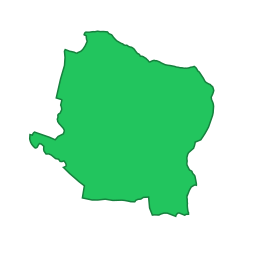 Domasnea, Caras-Severin, Romania (Albers equal-area conic projection), rotated 292°
{"feature_id": "2599482B60620901079337", "entity_name": "Domasnea", "entity_type": "district", "adm_level": 2, "iso_a3": "ROU", "parent_name": "Romania", "parent_adm1": "Caras-Severin", "projection": "albers", "projection_center": [22.344, 45.088], "detail": "fine", "context": "isolated", "style": "filled", "palette": "green", "viewbox_px": 256, "rotation_deg": 292, "n_neighbors": 0, "source": "geoboundaries", "source_scale": "gbopen_adm2", "svg_char_len": 4216}
<svg xmlns="http://www.w3.org/2000/svg" viewBox="0 0 256 256"><g transform="rotate(292 128 128)"><path d="M194.8,193.5L195.8,192.8L197.8,191.2L197.9,190.6L198.2,190.3L198.5,189.0L199.0,188.3L199.1,187.8L199.1,186.7L199.2,185.3L199.5,183.5L199.7,182.7L199.9,182.3L200.1,181.9L201.0,180.8L202.2,179.4L204.1,176.7L205.2,175.1L206.3,173.5L206.7,172.8L206.9,172.1L207.0,171.4L208.5,169.6L209.2,168.6L209.6,167.6L209.7,167.1L209.9,166.3L208.9,165.2L208.5,164.6L207.8,163.3L206.6,162.0L206.2,161.4L205.4,160.0L205.0,158.8L204.5,157.8L204.0,155.4L203.7,154.6L203.4,153.8L203.3,153.1L203.1,151.7L202.7,150.4L202.6,149.6L202.6,148.4L202.3,146.8L201.7,143.6L201.1,141.5L200.8,139.9L200.6,139.0L200.6,138.8L200.7,136.3L200.8,134.3L201.1,132.7L201.1,129.6L200.9,128.7L200.7,128.5L200.6,128.2L200.5,127.9L200.6,127.5L200.5,127.0L200.4,126.7L199.4,125.4L197.5,123.6L197.2,123.0L197.4,122.4L198.1,121.3L198.8,119.5L199.3,118.5L199.4,117.8L199.4,117.6L199.5,116.7L199.8,115.9L199.8,114.5L199.7,113.8L199.3,113.1L199.2,112.8L199.2,112.6L199.3,112.4L199.5,112.2L200.0,111.6L200.3,111.2L200.5,110.6L200.7,110.1L200.6,109.5L200.6,108.9L201.3,107.6L202.4,105.7L203.2,104.6L203.7,103.5L204.0,102.1L204.2,101.1L203.9,99.6L203.9,99.3L203.8,98.1L204.3,96.2L204.2,95.6L203.8,94.9L203.5,94.2L203.6,93.2L203.5,92.6L203.7,92.3L204.0,91.8L204.0,91.2L203.9,90.4L204.0,89.0L204.1,88.6L204.2,87.6L204.4,86.9L204.4,86.0L204.7,84.8L205.3,83.3L206.7,80.4L207.8,78.8L207.9,78.6L208.3,77.8L208.3,76.6L208.3,75.1L208.5,74.4L209.1,73.6L209.4,73.0L208.5,69.9L208.0,68.5L207.9,68.3L206.9,66.0L206.7,64.9L206.3,63.4L205.0,61.5L204.6,60.7L204.4,59.9L203.9,58.9L203.2,57.7L202.4,56.4L202.0,55.4L201.6,54.4L201.1,53.0L200.5,52.5L199.6,52.3L198.3,52.3L198.0,52.4L197.9,53.1L198.0,53.8L197.9,54.5L197.7,54.9L197.0,55.1L196.0,55.6L194.8,56.3L194.2,56.7L193.8,57.2L192.9,57.7L187.9,57.5L184.5,56.8L184.1,56.7L181.9,55.8L180.2,54.4L179.8,53.9L179.4,53.4L178.6,53.0L178.4,52.8L178.1,51.9L178.0,51.3L178.1,50.1L178.1,49.3L178.0,48.9L177.9,48.4L177.6,46.4L177.3,45.4L177.3,44.2L177.3,43.7L177.2,40.4L175.4,40.3L169.8,43.2L162.2,45.7L148.3,47.1L129.0,50.2L129.4,55.2L129.2,56.2L124.0,57.0L123.2,57.8L122.3,58.5L121.3,59.1L120.3,59.6L118.4,59.6L116.3,59.4L116.0,59.3L115.5,58.8L115.0,58.4L114.3,58.2L113.7,58.1L111.9,59.0L111.0,59.1L110.0,59.1L109.1,59.4L108.7,60.0L107.7,60.4L107.0,61.4L106.5,62.1L106.0,62.9L105.9,63.3L103.6,67.9L102.5,69.3L102.0,69.7L101.4,70.0L100.8,70.1L100.1,70.2L98.3,70.2L94.0,66.4L89.8,64.9L90.0,58.7L89.2,42.9L88.4,42.4L87.5,42.1L86.5,42.0L85.6,42.0L85.2,39.6L81.2,40.9L80.6,41.3L80.0,41.7L79.4,42.2L78.8,42.7L78.1,43.3L77.5,44.1L76.9,44.8L76.4,45.6L75.9,46.5L75.5,47.3L75.1,48.2L74.8,49.1L74.7,49.5L75.4,50.5L75.5,50.6L75.9,50.8L76.5,51.1L76.9,51.1L77.6,51.1L78.1,51.1L80.4,51.7L80.6,53.8L79.5,56.8L76.8,57.7L75.2,58.7L73.2,61.7L74.3,64.3L74.2,67.0L72.5,72.3L73.1,75.3L71.6,77.6L72.1,79.3L73.5,80.9L72.3,83.0L70.7,84.5L69.7,84.8L69.0,84.5L68.4,84.0L67.8,83.5L67.3,82.9L64.0,90.8L59.9,102.7L58.1,109.2L46.1,111.9L47.8,121.6L49.9,126.9L53.5,133.6L55.2,141.1L58.8,149.3L59.0,150.0L59.6,152.1L60.0,154.1L60.4,156.1L60.7,158.2L62.1,161.9L64.0,162.4L65.6,164.0L66.9,166.5L69.4,168.2L71.7,173.0L61.9,178.0L56.4,183.2L57.4,185.1L58.9,189.3L59.9,190.1L60.8,191.0L61.6,192.0L62.4,193.0L62.7,193.5L63.8,196.4L64.0,205.3L64.8,205.2L65.6,205.3L66.4,205.5L67.2,205.8L67.7,206.1L68.4,207.2L68.4,213.3L69.7,214.2L70.7,216.4L72.2,215.8L72.5,215.4L72.9,215.0L73.5,214.6L74.2,214.2L75.4,213.5L76.7,212.8L78.1,212.1L79.1,211.7L80.5,211.3L81.4,210.7L84.3,209.5L85.2,208.9L85.5,208.7L87.7,208.0L87.8,208.3L93.1,208.2L96.9,208.7L98.3,209.7L100.0,211.0L100.6,212.6L100.6,212.8L101.7,212.4L104.6,210.6L108.1,208.3L108.6,207.9L109.2,207.0L109.8,205.6L110.9,204.1L111.7,203.6L112.1,201.8L112.0,200.9L113.6,199.0L115.3,197.1L115.6,196.7L117.2,195.8L119.6,195.2L120.4,194.7L121.6,194.1L122.9,193.6L126.2,193.2L127.9,193.4L133.8,196.4L134.9,196.3L136.2,196.3L137.5,196.1L138.8,195.9L140.1,195.6L144.3,199.9L148.0,200.7L151.7,201.4L155.4,201.9L159.1,202.3L171.2,201.7L174.0,201.2L180.2,199.2L181.8,198.3L182.8,197.6L183.7,196.8L184.6,195.9L185.4,195.0L187.7,193.6L189.5,193.7L191.2,193.8L193.0,193.7L194.8,193.5Z" fill="#22c55e" stroke="#15803d" stroke-width="1.5"/></g></svg>